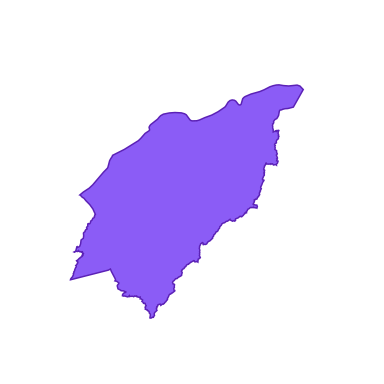 outline of Unguía, Chocó, Colombia, rotated 235°
{"feature_id": "7082276B20687876454915", "entity_name": "Unguía", "entity_type": "district", "adm_level": 2, "iso_a3": "COL", "parent_name": "Colombia", "parent_adm1": "Chocó", "projection": "equal_earth", "projection_center": [-77.198, 8.098], "detail": "fine", "context": "isolated", "style": "filled", "palette": "violet", "viewbox_px": 384, "rotation_deg": 235, "n_neighbors": 0, "source": "geoboundaries", "source_scale": "gbopen_adm2", "svg_char_len": 5999}
<svg xmlns="http://www.w3.org/2000/svg" viewBox="0 0 384 384"><g transform="rotate(235 192 192)"><path d="M212.1,341.9L216.9,341.2L219.3,339.4L223.4,332.0L226.7,328.0L229.8,324.8L231.3,322.4L232.5,319.5L233.5,316.2L234.4,309.6L235.4,305.1L238.4,296.5L239.7,290.3L239.7,288.6L239.3,287.0L235.9,282.8L235.6,282.2L235.7,281.3L236.3,280.6L237.1,280.2L241.3,280.0L242.9,279.3L244.4,277.7L245.1,275.6L244.9,273.2L243.0,268.8L242.7,267.5L242.8,259.4L243.7,252.2L245.6,245.1L246.7,239.4L247.6,236.8L250.1,233.0L251.3,232.0L252.5,231.7L258.5,231.6L260.3,230.8L262.9,228.7L266.9,223.6L269.8,218.7L272.2,213.2L272.5,210.2L272.2,208.4L271.4,205.6L270.9,196.9L270.6,195.7L269.7,194.0L267.4,193.0L266.9,192.5L266.8,191.6L266.9,187.2L265.3,180.7L264.8,177.5L265.7,161.0L267.6,147.9L267.0,147.3L265.9,144.5L264.9,142.5L260.5,137.3L260.0,136.3L259.0,130.9L254.8,114.8L254.1,110.0L254.3,103.0L253.9,98.4L253.5,98.7L250.6,99.1L248.9,99.9L245.7,100.1L240.4,101.0L235.0,101.1L229.1,100.0L228.9,99.0L228.2,98.6L228.0,97.9L227.3,97.6L227.1,96.5L227.4,95.9L226.2,93.6L226.3,92.3L225.3,91.4L224.7,90.2L224.9,89.4L225.6,89.0L225.6,88.3L223.6,86.8L223.7,85.9L223.2,85.1L221.9,84.9L222.0,83.1L221.4,82.0L220.9,81.7L220.9,80.4L220.6,79.5L218.2,78.1L216.3,76.3L216.4,75.3L216.3,73.6L213.5,71.1L212.1,69.2L211.9,68.2L212.2,66.5L212.5,66.3L213.1,66.6L213.2,66.3L210.4,63.0L210.3,62.4L210.5,61.0L210.0,61.3L210.1,62.3L209.9,63.1L208.9,64.1L209.1,65.1L208.6,64.9L208.1,65.7L207.2,65.9L207.0,66.7L206.3,67.4L206.0,67.0L205.7,67.2L205.7,67.8L204.5,67.2L204.1,67.8L203.8,67.8L203.5,67.3L203.4,66.0L203.2,65.7L203.0,66.0L202.9,66.8L202.3,65.3L202.2,64.3L202.5,63.5L202.4,62.6L202.1,62.1L202.3,61.6L201.8,59.0L202.0,58.0L201.6,57.9L200.9,58.6L199.7,58.0L199.5,57.2L199.0,57.1L198.4,54.6L197.9,54.8L197.1,54.3L196.6,52.9L195.3,51.0L194.8,50.7L194.3,49.3L193.5,48.9L193.3,48.0L192.2,47.4L191.8,46.8L191.5,45.9L191.0,45.5L190.9,44.3L190.3,42.6L189.8,42.1L176.0,78.6L175.7,81.0L173.3,80.4L164.8,79.3L163.7,78.8L163.4,77.9L161.8,79.2L159.4,79.9L158.9,79.2L158.5,77.6L158.0,76.9L155.1,75.8L152.5,77.2L151.7,77.3L150.4,79.1L148.1,80.5L147.8,80.1L148.3,78.9L148.2,77.4L147.8,76.3L146.9,75.5L146.0,76.2L145.3,77.3L143.0,79.1L142.8,80.0L143.0,81.2L142.2,80.8L141.9,81.6L140.5,83.8L139.8,84.0L139.6,84.6L139.7,85.5L138.9,86.1L138.6,87.0L138.2,87.1L138.1,86.7L137.7,86.8L135.8,88.6L135.6,89.3L134.2,88.2L133.6,89.0L131.8,89.6L131.1,88.2L129.5,88.7L128.6,88.4L128.0,89.6L127.3,89.7L126.4,89.1L125.3,89.3L124.7,88.2L124.6,87.5L123.8,87.4L122.8,86.5L121.9,87.2L121.4,87.2L121.0,87.8L120.1,87.6L119.6,88.1L118.4,88.2L117.5,87.6L116.4,87.8L115.3,87.5L113.0,85.3L112.4,85.8L112.1,86.5L112.1,87.7L111.5,88.5L111.9,88.8L112.3,90.4L113.8,91.1L114.3,91.7L114.7,92.6L115.1,95.4L116.8,95.8L117.2,96.8L117.7,96.8L117.9,97.4L118.3,97.5L118.2,98.3L118.9,99.0L118.9,99.6L119.1,99.7L118.5,101.6L117.0,101.4L117.2,103.3L116.6,104.0L116.8,104.4L116.6,105.4L117.1,106.4L117.1,107.4L117.8,109.3L117.8,109.9L118.3,110.6L119.0,110.9L119.7,112.6L120.8,114.2L121.0,115.3L120.6,116.0L120.9,117.1L120.6,117.7L120.8,121.1L121.2,121.4L121.7,120.9L123.5,121.8L124.0,122.9L124.8,123.3L126.2,124.6L126.8,124.5L127.4,123.8L129.1,124.2L129.7,125.3L129.7,126.5L130.4,128.9L129.7,129.9L130.0,132.3L129.8,132.8L129.6,135.0L129.8,135.9L130.6,136.4L131.5,137.7L133.2,137.9L133.3,138.6L133.8,138.8L134.1,140.4L133.9,141.3L134.2,142.4L134.6,142.6L134.5,144.3L135.2,145.3L135.3,146.4L134.8,147.7L135.1,147.9L135.0,149.4L135.2,150.8L134.9,151.4L135.0,152.5L134.7,153.1L134.9,153.9L134.5,154.4L133.2,154.2L132.5,155.3L132.3,156.2L131.2,156.6L133.4,158.5L133.2,159.3L133.5,160.0L133.3,160.7L133.5,161.2L135.7,161.6L136.6,162.6L137.4,162.9L137.8,163.6L138.7,163.9L139.8,165.0L141.7,165.7L142.6,166.8L143.3,167.1L143.9,168.6L144.6,169.3L144.5,170.3L144.7,171.4L143.7,171.8L142.8,171.0L142.4,171.0L142.0,172.2L141.2,173.1L141.1,174.3L141.9,176.1L142.0,177.4L141.7,178.5L142.3,182.4L143.1,182.8L143.5,184.4L144.4,185.3L144.4,186.4L145.0,188.0L145.4,188.5L145.5,189.1L145.2,189.5L145.3,190.9L146.2,192.2L146.6,193.9L147.6,194.8L148.0,197.0L148.8,198.4L148.6,200.0L148.1,201.1L148.3,203.1L147.7,204.5L147.8,207.4L147.2,207.2L144.8,208.5L144.5,209.8L143.6,210.3L143.8,211.4L144.5,211.6L145.0,212.3L144.3,215.2L144.6,217.1L144.0,218.1L143.6,218.0L143.2,218.5L143.5,220.8L143.9,221.7L143.9,222.6L144.4,223.0L144.3,223.9L143.9,224.0L143.7,224.8L144.8,225.2L144.9,226.4L145.8,227.7L145.6,229.4L145.8,230.8L145.4,231.7L144.7,232.1L144.4,233.6L143.7,233.6L143.2,234.6L142.7,234.7L142.1,235.7L141.6,235.9L142.6,237.2L144.1,237.6L144.7,236.7L145.9,235.8L146.3,235.1L147.0,235.1L148.2,237.4L148.7,237.6L148.9,238.2L149.8,238.4L149.8,239.0L149.5,239.6L149.7,240.0L149.3,240.4L149.0,241.2L150.1,242.7L150.0,243.8L150.6,244.6L151.0,245.9L152.1,246.3L152.8,247.0L153.0,247.8L153.5,248.1L153.6,248.6L153.9,248.6L155.0,250.7L156.0,250.6L157.0,251.5L157.0,251.8L158.0,253.5L159.3,255.3L160.2,257.6L160.6,257.7L161.1,257.0L162.2,257.1L164.1,260.1L164.2,260.8L164.9,261.3L165.5,261.3L165.5,261.7L165.9,262.0L166.7,262.2L166.7,262.8L168.1,263.3L168.2,264.0L169.6,263.8L171.2,265.9L171.7,266.2L171.7,266.9L172.1,267.3L172.4,268.4L173.2,268.9L173.2,269.3L172.0,269.3L170.5,271.3L170.1,272.5L169.4,272.5L169.4,273.4L168.9,274.1L167.4,274.2L166.5,276.3L165.6,276.6L166.4,277.1L166.6,278.5L167.9,280.2L169.0,279.2L170.0,280.6L170.6,280.5L170.8,281.5L173.9,282.3L174.3,283.7L176.1,284.1L177.3,285.0L179.3,284.3L180.6,285.6L181.8,285.9L182.3,286.9L183.3,286.7L184.1,288.0L183.8,288.8L183.9,289.4L185.1,290.0L185.9,291.2L186.1,293.3L187.3,294.3L187.8,295.2L188.5,294.9L189.5,295.9L190.7,296.1L191.7,297.1L192.6,298.4L193.1,298.0L193.2,296.3L193.7,296.7L194.0,296.3L194.2,295.5L193.9,295.0L194.5,294.0L194.6,293.0L196.9,294.5L198.1,294.7L199.2,295.6L200.4,296.1L201.0,297.0L201.5,297.1L201.5,298.0L201.9,298.7L203.1,299.4L203.8,301.6L203.5,303.5L203.9,304.6L205.0,306.8L208.2,310.0L208.6,311.2L207.9,312.5L207.7,313.8L206.9,315.9L205.4,318.4L203.4,323.7L212.1,341.9Z" fill="#8b5cf6" stroke="#5b21b6" stroke-width="1.5"/></g></svg>